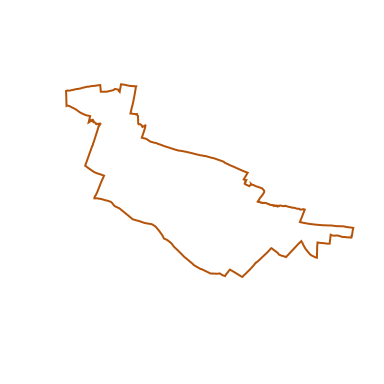 Gagesti, Vaslui, Romania, rotated 121°
{"feature_id": "2599482B9369925227758", "entity_name": "Gagesti", "entity_type": "district", "adm_level": 2, "iso_a3": "ROU", "parent_name": "Romania", "parent_adm1": "Vaslui", "projection": "orthographic", "projection_center": [27.986, 46.331], "detail": "fine", "context": "isolated", "style": "outline", "palette": "amber", "viewbox_px": 384, "rotation_deg": 121, "n_neighbors": 0, "source": "geoboundaries", "source_scale": "gbopen_adm2", "svg_char_len": 5940}
<svg xmlns="http://www.w3.org/2000/svg" viewBox="0 0 384 384"><g transform="rotate(121 192 192)"><path d="M170.2,352.0L182.8,343.9L182.3,343.6L182.0,343.3L181.8,342.6L181.5,341.1L181.0,334.2L181.1,332.9L181.5,328.7L180.9,322.9L180.6,321.9L179.4,318.4L185.7,316.4L185.2,316.1L184.6,316.0L184.2,315.7L183.6,315.5L183.3,315.2L183.2,315.2L183.2,315.4L183.0,315.7L182.9,315.8L182.7,315.8L182.5,315.7L182.3,315.4L182.1,314.7L181.9,314.6L181.4,314.6L181.2,314.4L181.2,314.1L181.4,313.9L181.5,313.9L181.9,313.5L182.5,313.8L182.7,313.6L182.8,313.4L182.7,313.1L182.2,312.9L182.0,312.7L182.8,311.7L182.6,311.2L182.5,310.6L182.4,310.3L182.7,309.7L183.0,309.4L183.2,309.1L183.1,308.8L182.6,308.4L182.3,308.0L182.0,307.5L181.3,306.9L181.0,306.5L180.6,305.9L180.7,305.6L181.5,305.5L182.0,305.8L183.2,305.7L183.5,306.0L183.9,306.0L184.1,305.8L184.1,305.7L191.3,304.0L200.1,301.9L201.6,301.7L203.3,301.1L203.7,301.3L224.5,297.1L225.0,291.7L225.3,286.2L225.0,283.6L224.1,279.8L223.3,275.8L230.6,274.9L241.3,273.1L243.1,273.0L244.1,272.8L245.5,273.0L246.4,272.9L246.8,272.8L247.7,272.4L246.5,270.5L245.3,267.6L244.8,266.3L244.1,263.8L243.9,262.8L243.3,260.9L243.1,260.4L242.3,256.9L242.3,256.1L242.6,254.6L243.2,253.2L243.8,251.5L243.9,250.6L243.4,245.7L243.8,243.3L244.0,241.7L244.3,239.5L245.9,228.7L245.4,226.9L245.0,225.0L244.4,223.5L243.3,218.2L242.8,216.2L240.4,210.1L240.3,209.6L240.3,206.3L240.4,205.8L240.7,204.5L242.3,200.0L243.7,196.7L244.7,194.6L246.3,192.1L246.3,191.5L246.1,190.5L246.1,189.8L245.9,188.9L245.9,188.1L246.1,187.5L246.1,186.6L246.6,183.2L247.4,181.3L248.3,178.9L249.1,175.1L250.8,168.1L251.3,166.4L251.6,165.1L252.4,159.6L252.7,158.0L253.0,155.7L253.3,154.2L253.8,152.4L253.7,151.8L253.6,151.4L253.7,150.3L253.6,145.8L253.6,145.1L253.2,144.2L252.5,136.4L252.4,135.0L252.3,134.1L250.2,130.4L249.5,129.0L248.8,127.9L248.0,126.9L247.6,126.5L247.5,126.1L247.6,124.0L247.5,122.8L247.3,121.5L247.1,120.4L245.7,120.4L242.4,120.0L240.4,119.8L239.0,119.5L238.9,114.7L239.0,106.0L238.8,105.0L237.5,104.8L236.4,104.6L235.7,104.3L233.1,103.6L227.1,102.1L222.1,101.2L219.9,101.0L219.6,100.7L219.3,100.5L218.5,100.4L218.1,100.1L217.7,99.9L213.2,98.6L212.3,98.4L206.3,96.7L204.5,96.2L203.6,96.1L202.5,95.8L199.4,95.2L199.2,94.9L199.5,92.7L199.9,88.5L200.1,86.9L200.7,85.7L200.8,85.2L200.8,84.9L200.4,82.1L200.1,81.4L199.9,80.8L199.7,79.2L199.4,78.8L199.4,77.9L181.8,74.1L177.8,73.0L178.2,72.3L178.8,71.1L180.2,69.1L180.4,68.6L181.1,67.5L181.9,66.1L182.5,64.8L182.9,63.4L183.3,62.6L184.2,60.0L184.5,59.0L184.7,58.5L184.8,56.7L184.7,55.3L184.4,52.4L184.0,51.1L174.1,56.7L170.6,58.4L170.1,57.1L168.9,54.4L168.1,52.9L166.5,49.3L166.4,49.0L165.4,47.4L157.9,50.8L157.2,51.1L157.1,50.6L157.2,50.0L157.1,49.5L156.5,48.4L155.9,47.0L155.1,46.1L154.5,45.2L154.0,43.9L153.9,43.1L153.6,42.5L153.2,40.3L152.9,39.6L152.5,38.8L152.1,38.4L151.3,36.4L149.0,32.0L147.8,32.6L147.7,32.4L147.2,32.5L147.2,32.4L146.5,32.7L144.3,33.5L142.8,34.2L139.7,35.3L142.5,41.8L143.1,43.7L143.3,44.2L145.2,47.7L146.3,49.6L147.2,51.3L148.5,54.4L149.4,56.1L150.3,57.6L152.2,61.1L153.7,63.9L156.4,69.4L158.8,74.8L160.6,79.4L162.2,84.0L149.0,86.3L149.2,87.4L149.5,87.8L149.9,88.3L150.2,88.7L150.6,89.0L150.9,89.5L151.1,89.7L151.4,90.4L151.2,91.1L151.2,91.6L152.1,93.0L152.4,94.2L152.9,96.2L153.2,96.9L153.6,97.4L153.6,97.7L153.9,98.2L154.4,100.2L154.8,101.1L155.9,105.2L156.3,105.3L157.1,106.5L157.7,108.1L158.0,109.2L158.3,109.7L158.9,109.9L159.1,110.1L159.5,110.2L159.6,110.4L159.4,110.7L159.4,110.9L159.4,111.1L160.3,111.2L160.5,111.4L160.5,111.8L160.4,112.1L160.1,112.4L160.1,112.7L160.3,113.0L161.0,113.1L161.1,113.3L161.0,113.9L161.0,114.3L161.1,114.7L161.2,114.8L161.7,114.8L161.9,114.8L161.9,115.1L161.8,115.4L161.5,115.8L161.6,116.1L161.7,116.4L162.0,116.7L162.2,117.0L162.3,117.6L162.8,118.3L162.9,119.1L162.7,119.6L162.7,120.1L163.1,120.7L163.2,121.1L163.2,122.3L163.3,122.7L163.8,124.0L164.3,124.5L164.4,125.1L165.0,125.7L165.3,126.1L165.3,126.5L165.3,127.2L165.7,127.5L165.8,127.7L165.8,128.1L165.5,128.8L165.7,129.2L166.2,129.7L166.4,130.0L166.5,130.7L162.0,130.6L158.1,130.0L157.6,130.1L155.4,130.0L154.4,130.3L153.6,131.0L152.9,133.2L152.8,133.8L153.2,136.1L153.9,139.1L154.2,140.8L154.3,142.2L154.4,142.9L154.8,144.6L154.8,145.0L154.7,145.4L154.9,145.2L155.3,145.0L155.5,145.0L156.0,145.3L156.2,145.6L156.5,145.8L157.2,145.9L157.5,146.0L157.8,149.0L157.9,150.5L157.8,151.1L155.9,151.2L155.9,151.6L155.1,151.6L153.9,151.6L154.3,152.3L154.5,153.3L154.6,154.1L146.8,154.2L147.6,158.6L148.2,163.4L148.9,169.3L149.6,174.0L149.6,175.9L149.9,177.6L150.0,178.9L149.9,179.6L149.8,180.0L149.7,180.2L150.0,182.0L151.4,188.8L151.7,190.2L151.9,190.8L152.0,191.4L152.4,192.3L152.6,192.8L152.7,193.4L153.7,197.0L153.9,197.9L154.1,198.6L154.8,200.0L155.4,201.9L156.5,204.4L156.7,205.5L157.3,207.1L157.7,208.5L158.8,212.2L160.2,216.5L160.7,218.0L161.1,219.2L162.1,221.9L163.6,225.4L163.8,226.4L164.3,228.1L164.7,229.9L165.2,232.0L165.4,232.8L165.6,233.7L166.2,236.1L166.6,238.0L167.0,239.5L167.4,242.3L167.9,244.5L168.3,245.9L168.3,246.8L168.5,248.1L169.2,249.7L169.9,252.5L170.3,253.6L170.0,258.5L170.2,259.3L171.3,263.0L168.1,263.7L163.9,264.6L161.3,265.3L159.0,266.1L158.9,266.3L161.8,268.0L160.7,269.6L160.6,271.5L161.4,272.4L161.3,272.9L160.8,273.5L154.5,277.6L154.3,278.5L154.2,278.9L154.4,280.2L154.0,280.1L154.4,280.7L154.7,281.3L155.7,283.7L156.4,285.2L150.9,287.0L147.4,288.0L142.8,289.6L138.7,291.1L130.6,294.3L130.2,294.3L132.5,298.8L133.3,300.5L134.8,305.0L136.2,308.3L143.4,305.6L143.2,306.2L143.2,306.7L142.1,307.2L142.0,307.3L143.4,311.2L145.1,311.8L149.5,316.3L149.9,316.8L150.5,317.6L153.0,321.8L147.6,325.7L149.5,328.2L150.9,329.8L152.8,332.4L153.7,333.6L154.6,334.4L155.0,334.9L155.6,335.9L156.1,336.5L157.2,337.5L158.1,338.5L159.5,339.9L160.8,341.0L161.3,341.7L162.2,342.5L162.5,342.8L162.6,343.2L163.4,344.2L165.0,345.8L167.4,348.4L167.9,348.9L168.6,349.8L169.0,350.5L169.1,351.0L169.4,351.1L170.2,352.0Z" fill="none" stroke="#b45309" stroke-width="2"/></g></svg>